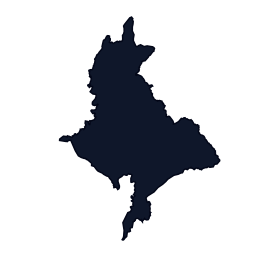 the district of Phunphin, Surat Thani, Thailand, rotated 148°
{"feature_id": "78962969B67039244737250", "entity_name": "Phunphin", "entity_type": "district", "adm_level": 2, "iso_a3": "THA", "parent_name": "Thailand", "parent_adm1": "Surat Thani", "projection": "mercator", "projection_center": [99.13, 9.024], "detail": "fine", "context": "isolated", "style": "filled", "palette": "ink", "viewbox_px": 256, "rotation_deg": 148, "n_neighbors": 0, "source": "geoboundaries", "source_scale": "gbopen_adm2", "svg_char_len": 5751}
<svg xmlns="http://www.w3.org/2000/svg" viewBox="0 0 256 256"><g transform="rotate(148 128 128)"><path d="M191.8,154.8L192.6,153.7L187.9,149.6L187.1,149.6L186.9,148.7L184.9,148.9L183.0,147.9L184.7,136.6L184.8,130.7L183.3,127.9L181.2,125.3L180.2,124.9L180.0,123.4L179.4,123.3L177.6,117.7L177.7,117.0L178.8,115.4L177.0,113.3L176.7,109.2L176.2,107.2L173.5,103.1L173.3,101.9L171.5,98.6L170.2,97.2L170.3,95.2L169.7,91.7L170.3,90.6L170.0,87.9L170.2,87.2L170.7,87.1L170.7,85.9L171.4,85.5L171.5,84.8L170.2,84.6L169.2,83.4L169.3,81.3L167.9,81.4L166.9,82.1L166.0,83.4L164.9,87.8L163.8,89.6L162.3,90.3L159.0,90.2L156.7,90.8L156.0,90.6L154.5,88.8L153.7,88.5L151.7,89.0L151.3,88.1L150.1,87.2L149.6,86.2L150.0,85.4L152.2,83.8L154.2,80.6L153.6,79.9L151.6,79.6L150.8,78.6L150.6,77.5L153.3,75.5L153.6,73.3L155.3,72.0L155.4,70.2L156.6,69.8L157.3,68.9L158.5,68.8L158.6,68.0L158.1,66.7L160.6,66.3L160.5,68.2L160.9,68.5L161.5,68.3L162.2,67.2L161.3,64.7L161.8,64.3L163.6,64.5L163.7,64.2L162.8,62.3L164.3,60.8L164.6,59.1L167.6,59.8L167.9,59.4L167.9,57.4L169.0,56.4L170.3,55.8L173.0,56.3L182.5,50.4L185.5,43.3L189.1,38.4L190.2,37.4L192.1,36.4L191.7,35.7L191.1,35.5L189.9,35.8L188.7,37.2L188.5,36.3L186.6,36.7L184.0,39.8L183.3,40.0L181.8,39.3L180.6,39.3L179.7,41.6L178.4,41.9L177.2,41.4L173.3,45.7L172.0,45.5L171.3,46.2L170.8,45.9L169.9,46.8L169.4,47.0L167.4,46.2L166.5,43.4L165.4,43.4L165.7,42.6L165.5,40.8L164.7,42.0L163.9,41.7L161.9,42.5L161.9,41.5L161.0,40.3L159.6,39.6L158.2,40.1L156.9,41.5L156.0,41.8L156.0,42.2L155.3,42.2L155.3,42.7L154.5,43.5L154.4,44.6L154.0,44.9L153.6,44.7L153.8,45.6L152.0,47.9L150.6,51.2L149.8,50.9L149.3,51.3L149.0,53.8L149.4,53.9L149.4,54.5L151.0,54.8L150.3,58.0L149.6,59.4L147.3,60.0L139.8,60.0L134.1,61.7L128.5,61.9L123.8,62.7L123.2,63.3L122.6,63.1L121.3,63.5L114.1,63.6L110.0,62.2L106.9,61.8L105.6,61.2L104.3,61.8L103.3,62.8L101.7,62.9L100.4,62.4L99.9,61.3L99.2,61.2L98.2,61.6L96.2,61.4L96.0,60.8L95.6,60.9L95.7,60.6L94.6,59.6L94.0,57.8L93.4,58.1L93.2,57.7L91.9,58.0L90.8,57.6L90.4,56.8L89.8,56.8L88.9,54.7L88.1,54.4L87.7,53.6L86.7,54.0L85.4,53.9L83.1,53.3L82.1,52.6L80.3,52.8L79.4,51.3L76.3,49.9L73.9,51.4L71.5,50.3L67.6,51.6L67.2,52.5L67.5,53.6L67.5,55.7L66.7,56.3L67.5,58.2L68.3,59.2L67.0,60.4L67.2,61.1L66.1,62.1L66.4,63.7L66.0,64.3L66.9,66.8L66.7,69.7L67.3,70.4L67.5,72.3L68.0,72.4L68.1,73.3L68.0,76.3L68.5,78.0L68.1,78.8L68.0,80.7L68.7,82.3L69.6,83.1L70.6,85.4L70.1,86.0L70.4,86.5L70.0,87.9L69.5,88.6L68.8,88.8L68.0,90.8L67.3,91.1L67.4,91.8L67.0,92.2L67.4,92.4L67.1,93.1L67.3,93.9L68.4,94.2L69.0,95.3L69.2,95.1L70.0,95.6L69.8,100.3L70.3,101.3L70.2,101.6L71.4,101.9L72.9,103.8L72.9,104.3L73.4,104.5L74.0,105.3L74.2,106.5L75.3,107.0L75.8,106.6L75.9,106.9L76.6,106.8L77.7,107.9L81.7,106.6L86.0,106.7L87.4,107.4L86.6,108.3L86.2,110.5L86.7,115.8L87.7,116.6L88.9,116.7L89.5,117.7L88.4,118.8L88.1,120.5L86.8,122.3L86.9,123.2L87.8,123.9L87.8,125.2L84.8,127.2L85.3,128.1L85.1,129.3L85.5,129.4L85.1,130.0L85.1,130.5L85.5,130.6L85.2,131.5L85.4,131.9L85.0,132.7L86.8,134.7L88.6,135.3L88.5,135.7L89.6,136.4L90.6,139.1L90.3,140.3L90.7,141.2L90.3,141.8L90.5,142.5L89.3,143.9L89.8,144.4L89.3,144.7L89.6,146.1L88.6,147.5L89.0,148.3L88.9,150.0L87.8,150.5L87.1,150.3L86.4,150.9L85.5,150.9L85.0,150.5L84.8,151.2L85.1,151.9L88.1,153.0L88.0,155.6L88.5,156.7L89.5,157.9L88.9,159.5L88.8,162.0L89.3,162.8L89.0,163.7L89.4,165.1L91.0,167.5L91.5,168.0L92.8,168.1L93.3,168.9L92.8,169.6L92.1,169.5L92.0,170.0L90.9,169.9L88.5,170.5L87.9,171.1L88.0,171.7L87.3,171.9L86.9,173.2L86.1,173.2L85.8,174.0L82.0,175.9L81.7,176.8L81.2,176.6L80.6,176.9L80.1,176.5L79.2,176.9L78.2,176.0L77.8,176.0L73.2,177.4L72.0,178.2L70.5,178.0L66.8,179.5L65.2,179.5L64.6,180.5L63.5,181.2L63.4,182.4L64.1,183.8L68.3,187.5L71.2,188.5L73.2,191.9L75.5,192.3L77.0,192.1L77.6,192.6L77.9,193.6L77.2,199.2L76.0,201.1L73.5,203.9L72.9,208.0L70.7,211.5L68.7,213.5L67.1,215.7L66.9,217.7L66.0,218.1L66.2,220.2L68.1,220.5L76.2,217.6L77.7,216.8L78.5,214.5L80.3,211.6L82.2,209.9L83.5,209.5L85.5,206.0L86.7,205.0L88.1,205.0L88.9,206.0L90.5,205.9L90.8,206.9L91.4,207.3L95.7,207.5L96.2,209.4L97.7,209.5L98.2,210.0L98.4,210.6L96.9,211.5L96.1,212.5L95.7,213.4L96.2,214.1L95.0,215.7L95.4,216.4L96.4,217.1L97.4,217.1L97.5,216.6L98.1,216.7L100.7,215.1L102.0,215.4L102.7,215.0L106.9,210.8L107.1,209.8L108.3,208.8L112.6,207.4L113.5,206.7L115.6,206.5L118.1,204.7L119.4,204.3L119.9,203.8L120.0,202.9L122.2,200.3L122.7,200.3L123.3,199.5L124.3,199.1L124.6,198.3L125.4,198.1L126.1,197.1L127.5,196.5L129.1,197.4L130.6,197.6L131.0,197.0L130.7,195.9L131.7,195.2L132.6,192.4L133.3,192.1L133.1,191.3L132.4,191.2L133.0,190.6L132.9,190.2L132.5,190.3L132.6,189.8L134.3,187.8L135.6,187.0L136.6,185.9L137.7,185.5L139.3,185.7L139.7,185.1L139.2,184.5L137.5,184.8L137.0,184.3L137.4,183.7L139.3,183.4L139.3,182.9L137.8,183.0L136.1,182.0L136.6,181.3L138.5,179.9L140.9,178.8L139.7,175.4L137.6,173.7L137.6,172.8L138.3,171.7L140.2,170.1L144.4,168.8L145.6,167.2L145.6,166.2L144.6,164.9L143.0,164.3L141.1,164.3L141.0,163.8L143.8,162.4L144.7,161.2L145.4,160.8L147.1,161.0L149.4,162.5L150.1,162.4L150.4,161.8L150.2,158.9L149.8,158.5L148.4,158.4L148.1,157.7L150.1,156.2L150.2,155.3L149.5,154.4L151.6,153.2L152.4,152.9L155.6,153.6L156.5,154.4L157.3,154.1L157.4,153.7L156.8,153.4L157.0,152.9L158.7,151.1L159.4,150.8L158.5,151.7L159.1,152.1L158.6,154.8L160.4,156.5L161.9,154.7L162.0,153.0L162.4,153.0L163.1,152.0L164.2,151.9L164.4,150.9L165.2,150.5L166.3,150.2L166.4,151.1L169.1,152.2L169.3,151.3L169.8,151.4L172.1,149.9L173.6,149.8L173.9,149.3L174.5,149.3L175.3,149.7L175.4,150.8L176.5,151.2L177.0,150.5L177.9,150.6L178.6,150.2L179.1,150.6L179.2,150.2L179.7,150.3L179.9,149.9L180.5,149.7L182.7,152.6L183.6,152.7L183.6,153.1L184.2,152.9L184.1,153.3L184.5,153.2L187.1,155.3L191.8,154.8Z" fill="#0f172a" stroke="#020617" stroke-width="1.5"/></g></svg>